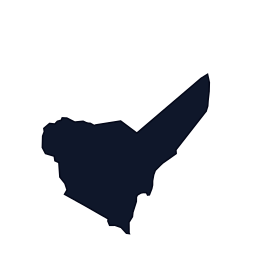 Piti, Guam (Albers equal-area conic projection), rotated 128°
{"feature_id": "77769853B27536991093250", "entity_name": "Piti", "entity_type": "district", "adm_level": 2, "iso_a3": "GUM", "parent_name": "Guam", "parent_adm1": "", "projection": "albers", "projection_center": [144.681, 13.441], "detail": "fine", "context": "isolated", "style": "filled", "palette": "ink", "viewbox_px": 256, "rotation_deg": 128, "n_neighbors": 0, "source": "geoboundaries", "source_scale": "gbopen_adm2", "svg_char_len": 1082}
<svg xmlns="http://www.w3.org/2000/svg" viewBox="0 0 256 256"><g transform="rotate(128 128 128)"><path d="M198.9,177.3L195.6,168.8L198.8,165.4L197.8,161.2L208.6,151.5L210.5,143.6L214.3,137.9L219.3,137.2L218.9,134.8L216.8,121.4L215.9,115.8L213.1,96.5L211.8,87.7L212.7,87.1L213.7,86.6L216.0,82.6L212.7,78.4L210.6,72.2L211.9,64.5L210.4,61.9L210.2,62.2L210.0,62.6L201.7,69.2L195.2,69.9L191.5,72.2L180.8,76.2L178.4,78.0L177.2,78.9L175.0,79.3L171.4,77.9L169.5,76.3L167.6,73.6L168.8,71.3L167.5,70.0L161.2,71.9L157.9,73.5L154.5,76.1L149.0,79.0L144.6,80.4L137.8,79.6L134.4,79.1L118.5,74.3L116.5,76.1L115.7,76.8L114.9,76.8L88.4,76.8L78.5,76.8L70.1,76.8L67.5,76.8L66.8,76.7L65.8,77.1L61.6,78.7L56.9,81.9L49.3,86.6L42.0,92.0L41.8,92.3L40.2,94.2L36.7,98.4L43.8,101.0L126.6,117.9L127.0,138.1L144.9,154.8L145.8,155.6L146.7,155.9L147.0,157.1L147.5,160.5L148.8,162.4L149.6,164.4L150.3,167.5L156.1,173.6L157.8,182.3L160.5,186.1L163.0,185.4L166.2,187.8L169.9,188.1L172.7,192.6L180.1,194.1L182.4,191.7L186.9,190.3L196.1,183.5L198.9,177.3Z" fill="#0f172a" stroke="#020617" stroke-width="1.5"/></g></svg>